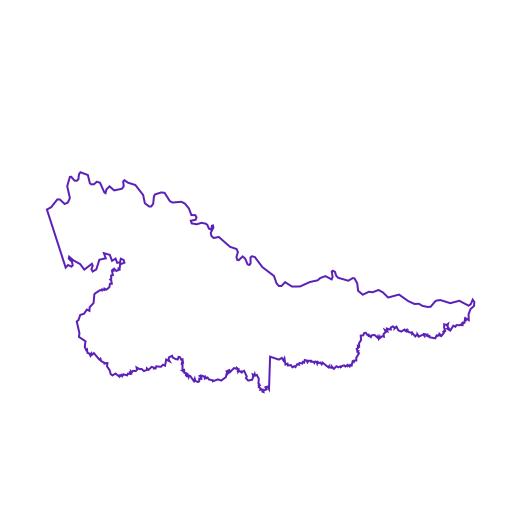 Putumayo, Sucumbios, Ecuador (Equal Earth projection), rotated 342°
{"feature_id": "8360857B86865530067586", "entity_name": "Putumayo", "entity_type": "district", "adm_level": 2, "iso_a3": "ECU", "parent_name": "Ecuador", "parent_adm1": "Sucumbios", "projection": "equal_earth", "projection_center": [-75.989, 0.133], "detail": "fine", "context": "isolated", "style": "outline", "palette": "violet", "viewbox_px": 512, "rotation_deg": 342, "n_neighbors": 0, "source": "geoboundaries", "source_scale": "gbopen_adm2", "svg_char_len": 6075}
<svg xmlns="http://www.w3.org/2000/svg" viewBox="0 0 512 512"><g transform="rotate(342 256 256)"><path d="M333.5,364.6L334.9,362.8L336.6,362.9L337.5,365.4L338.7,365.6L338.3,367.8L339.1,366.4L340.2,368.6L341.5,367.2L344.3,367.7L346.3,371.1L347.1,370.2L347.1,372.6L348.5,371.2L348.3,372.4L351.5,371.3L352.7,372.2L353.3,369.5L356.0,368.4L355.7,366.1L357.8,368.3L358.1,365.5L361.4,367.6L362.1,365.7L364.4,365.2L365.2,366.8L366.3,366.8L365.8,367.6L367.8,366.7L368.4,370.7L370.7,372.7L374.6,371.9L374.9,373.3L376.5,372.8L376.2,374.1L377.2,373.8L377.0,374.8L379.1,376.6L380.7,376.8L380.4,378.2L381.0,377.9L382.6,381.7L384.6,380.5L385.1,381.5L385.4,380.5L386.1,383.0L390.8,382.3L391.3,383.6L391.7,382.1L393.9,383.4L393.6,384.2L394.8,383.9L394.6,385.3L396.2,385.6L395.9,386.9L401.1,389.7L403.2,387.4L404.1,388.2L405.2,387.3L406.6,388.7L406.8,387.4L407.8,389.2L410.9,387.2L410.6,385.9L412.3,385.2L412.7,386.8L412.8,382.1L413.9,379.1L416.0,380.5L417.6,379.9L416.3,382.1L417.0,384.3L415.4,384.3L417.7,387.0L422.1,383.3L423.8,384.9L425.2,383.7L430.9,385.5L430.7,383.9L431.7,383.5L431.8,385.0L432.5,383.4L433.6,383.9L435.0,381.1L435.4,382.9L436.2,380.1L438.5,382.7L440.2,377.0L443.6,372.8L448.0,370.8L449.4,367.3L448.6,364.5L445.5,368.1L442.8,368.9L435.5,361.4L426.2,360.9L417.9,355.0L415.0,354.3L412.8,354.3L406.4,358.2L403.6,357.6L398.7,354.7L396.2,351.8L391.9,350.6L386.9,346.0L380.1,336.9L368.8,336.3L365.5,329.9L362.0,326.2L355.7,326.5L352.3,324.9L345.6,325.8L342.4,320.7L343.8,313.2L342.8,307.9L341.3,306.9L336.1,308.0L327.4,302.1L326.2,299.6L326.2,295.5L324.6,293.8L323.3,294.1L322.4,299.5L320.7,301.6L315.8,296.6L310.3,296.8L307.2,298.2L299.2,297.4L288.5,298.6L280.8,296.2L275.6,289.9L270.9,292.4L268.5,291.6L267.1,288.4L266.9,280.5L258.6,268.5L254.6,256.7L252.1,255.0L250.4,255.6L248.5,261.4L246.9,262.5L245.4,261.3L244.9,255.2L243.2,252.3L238.3,254.6L237.0,254.0L237.1,250.9L240.0,246.7L239.7,243.4L234.1,239.2L226.5,226.4L221.3,225.8L219.8,223.2L220.1,220.0L224.2,215.9L224.5,213.6L223.4,213.6L221.5,217.2L219.7,215.4L219.3,211.2L218.0,209.6L214.4,207.6L209.4,207.5L204.9,205.1L204.9,202.3L209.7,202.9L211.4,200.8L210.9,198.4L207.2,197.1L206.9,190.2L204.6,184.2L201.8,181.4L193.0,179.3L191.0,177.1L188.6,167.7L185.6,166.3L179.0,166.2L177.4,167.7L174.4,174.5L171.7,176.5L169.8,176.0L166.6,171.5L167.5,163.1L163.2,151.2L157.0,146.8L154.2,143.2L152.7,144.1L151.7,148.9L149.2,150.6L141.4,149.8L138.2,144.5L134.4,146.4L132.3,149.7L131.4,148.6L130.3,138.1L127.5,136.2L124.1,137.7L121.4,136.9L120.5,135.4L121.1,127.0L114.9,122.1L112.9,123.6L110.8,128.1L108.8,129.1L106.7,128.2L104.7,123.5L103.4,123.3L98.0,131.3L96.9,143.4L93.6,147.0L90.1,147.4L86.9,141.6L84.5,140.8L76.3,146.3L71.5,147.2L71.4,208.2L74.5,206.5L77.2,209.1L78.8,208.2L79.2,204.5L77.1,200.7L78.1,198.9L80.8,203.5L86.3,209.4L88.5,215.9L97.5,212.7L97.7,214.7L95.4,217.7L95.9,220.3L100.0,219.4L105.9,211.1L112.4,211.8L112.2,206.3L117.3,209.7L117.6,216.1L121.6,215.1L121.9,219.6L124.7,220.0L126.6,216.8L128.9,218.9L128.8,221.7L125.5,221.9L124.7,220.8L122.1,226.5L121.4,225.6L120.9,226.8L118.6,227.1L117.1,224.2L115.5,224.8L115.7,225.9L114.5,225.5L113.9,230.0L112.1,229.8L111.4,232.7L110.1,233.3L110.8,234.3L110.3,237.8L108.5,237.3L106.9,240.4L103.2,241.8L101.8,240.2L101.2,241.4L99.4,240.2L98.9,241.2L97.2,240.3L91.6,241.8L90.4,242.5L87.0,250.5L82.0,253.3L80.6,256.7L78.6,254.7L74.5,257.8L70.7,257.7L67.3,262.1L65.3,262.9L64.2,274.9L62.6,278.2L67.5,284.4L65.0,289.6L65.4,293.0L66.4,292.6L65.8,296.1L67.4,297.3L67.7,299.6L69.3,297.8L69.5,299.3L71.8,298.2L75.0,306.1L76.3,305.6L76.2,308.1L78.5,310.4L78.5,312.3L79.1,311.2L81.6,311.9L80.2,314.8L81.5,319.5L81.3,323.3L82.5,325.2L86.1,324.4L88.2,327.6L89.3,327.4L89.1,328.5L91.5,327.5L91.7,328.9L93.4,327.6L96.5,329.7L97.8,328.3L100.1,329.4L100.2,327.9L101.2,328.7L101.5,327.2L102.0,328.2L103.5,327.2L106.1,328.3L107.8,327.3L108.0,325.1L110.3,327.6L112.3,328.1L113.8,330.8L117.2,330.6L117.6,329.3L118.6,331.1L122.4,329.2L124.2,330.4L124.1,331.4L125.4,331.4L125.2,332.6L127.0,330.1L131.3,332.0L133.9,330.7L135.6,332.2L138.6,326.7L141.3,329.5L140.9,327.5L141.8,325.5L145.4,325.0L145.4,326.9L148.0,329.4L149.6,330.2L151.2,328.0L152.3,328.6L152.9,331.6L154.2,331.5L153.6,335.0L152.7,334.4L151.9,336.0L152.5,336.9L151.2,340.6L151.8,342.2L150.5,342.1L151.4,343.2L150.8,344.2L152.2,343.1L151.8,345.1L153.3,345.9L152.4,347.9L153.1,348.9L154.4,347.7L154.5,350.2L155.3,348.9L156.4,349.9L158.3,355.9L159.8,353.9L159.7,356.0L162.0,358.0L163.3,357.6L164.1,355.1L166.0,356.0L166.5,354.5L165.4,352.7L166.6,352.5L169.5,354.6L169.5,356.2L170.5,355.3L170.9,356.9L172.4,356.6L173.1,358.9L176.5,360.9L176.3,361.8L181.6,361.6L184.5,363.7L189.9,361.9L191.7,358.9L192.1,359.6L194.3,358.0L192.5,358.0L192.4,356.6L195.3,356.2L195.4,358.4L200.4,355.8L202.2,357.0L203.0,356.2L203.9,357.8L203.4,359.1L204.2,358.9L203.5,360.5L204.4,360.0L205.9,361.8L206.0,360.4L206.6,362.0L209.2,361.5L210.0,367.7L208.7,369.0L210.1,372.1L214.1,372.5L216.0,370.1L216.3,367.6L217.6,368.8L218.3,367.9L218.2,369.5L220.0,369.3L220.7,373.7L218.9,378.0L219.5,378.9L218.7,379.8L219.5,380.3L218.1,381.5L219.5,383.6L218.8,384.6L221.0,385.1L220.2,387.0L221.1,387.7L221.4,386.3L224.7,386.1L224.4,383.7L226.6,383.8L227.2,386.7L238.3,356.1L245.7,361.6L249.1,360.9L249.8,363.9L251.4,362.2L250.5,368.3L252.7,368.1L252.5,370.0L255.4,370.5L256.3,373.1L258.5,372.7L259.2,373.8L261.5,371.8L262.9,372.5L262.7,371.7L264.6,371.3L266.8,372.6L267.8,371.2L268.9,372.2L270.2,370.0L272.0,371.0L272.1,373.0L273.7,371.9L276.1,372.7L275.7,373.6L278.0,374.4L278.4,375.8L279.8,374.7L281.0,375.5L281.0,377.2L282.0,375.9L282.8,377.3L284.2,377.2L285.0,379.3L286.3,377.9L290.5,384.3L291.4,383.5L291.3,384.6L293.5,385.7L293.9,384.3L295.2,387.4L298.4,385.7L299.9,387.3L301.9,387.1L302.3,388.8L302.6,387.3L306.0,387.2L306.8,388.7L309.3,387.9L309.2,389.1L311.1,388.8L311.2,389.9L312.4,388.9L313.1,389.7L315.4,386.0L316.3,387.0L317.0,385.8L319.1,386.4L319.9,383.8L323.9,380.3L322.9,378.7L323.9,378.0L323.0,377.4L323.1,375.4L324.6,375.1L325.1,373.0L326.1,374.0L327.1,370.7L329.9,368.5L331.0,364.1L333.5,364.6Z" fill="none" stroke="#5b21b6" stroke-width="2"/></g></svg>